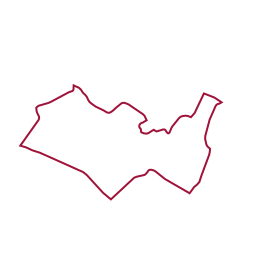 map outline of Bangkok Metropolis (Mercator projection), rotated 211°
{"feature_id": "THA-416", "entity_name": "Bangkok Metropolis", "entity_type": "Province", "adm_level": 1, "iso_a3": "THA", "parent_name": "Thailand", "parent_adm1": "", "projection": "mercator", "projection_center": [100.599, 13.72], "detail": "fine", "context": "isolated", "style": "outline", "palette": "rose", "viewbox_px": 256, "rotation_deg": 211, "n_neighbors": 0, "source": "natural_earth", "source_scale": "10m", "svg_char_len": 1542}
<svg xmlns="http://www.w3.org/2000/svg" viewBox="0 0 256 256"><g transform="rotate(211 128 128)"><path d="M80.7,196.7L69.7,198.6L61.0,198.2L61.9,196.5L62.7,195.4L63.5,194.7L63.9,193.9L64.2,192.8L64.2,191.6L62.3,177.1L57.7,161.1L56.2,158.3L52.7,154.6L51.5,153.7L50.5,153.2L49.4,152.9L47.0,152.5L45.6,149.6L44.7,147.2L40.5,124.8L39.0,118.4L39.7,114.9L40.9,111.5L41.6,103.8L70.2,103.3L81.5,104.9L83.9,104.9L85.0,104.7L87.1,103.9L88.0,103.2L88.6,102.1L88.7,99.7L89.0,98.0L89.7,96.2L95.4,90.8L97.1,88.6L105.9,58.0L116.0,59.6L139.2,66.5L143.8,67.1L190.9,61.4L198.5,59.6L205.5,58.9L211.2,57.4L208.8,89.0L209.3,90.7L210.1,91.9L213.5,94.1L215.0,95.4L216.1,96.8L217.0,98.0L216.8,99.2L216.1,101.0L209.4,108.2L207.8,110.3L197.0,128.4L194.6,131.2L194.5,132.8L196.5,136.5L190.9,137.2L188.2,136.7L185.4,135.3L184.3,134.9L181.9,134.4L179.8,133.7L178.9,133.2L176.5,131.5L174.4,130.5L172.0,130.1L166.8,129.7L158.1,130.5L154.1,130.5L152.8,130.9L151.5,131.8L150.3,134.0L149.3,136.9L149.1,138.0L146.5,145.3L146.0,146.3L145.1,147.1L143.8,147.8L141.2,148.3L139.4,148.5L122.1,147.5L121.0,147.2L119.8,146.8L116.0,144.2L117.8,141.0L118.1,140.2L118.8,139.5L119.5,138.5L119.8,136.7L119.1,134.9L117.8,134.1L116.4,133.6L115.7,132.6L114.5,131.2L111.6,131.6L108.9,132.9L107.6,134.7L105.1,139.7L101.8,139.7L99.6,142.1L97.3,144.7L96.3,145.4L95.2,145.6L92.6,144.3L91.6,144.1L90.8,144.1L90.3,144.6L90.1,145.6L90.8,150.4L90.8,152.3L89.4,162.5L88.7,164.7L87.2,166.5L85.0,168.2L83.0,169.1L79.6,169.7L78.6,175.2L80.7,196.7Z" fill="none" stroke="#9f1239" stroke-width="2"/></g></svg>